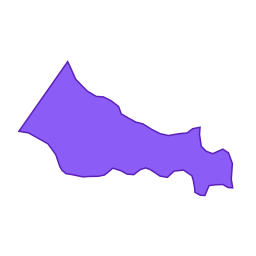 Agridaki, Cyprus (Mercator projection), rotated 274°
{"feature_id": "46923920B13856899738172", "entity_name": "Agridaki", "entity_type": "district", "adm_level": 2, "iso_a3": "CYP", "parent_name": "Cyprus", "parent_adm1": "", "projection": "mercator", "projection_center": [33.151, 35.3], "detail": "fine", "context": "isolated", "style": "filled", "palette": "violet", "viewbox_px": 256, "rotation_deg": 274, "n_neighbors": 0, "source": "geoboundaries", "source_scale": "gbopen_adm2", "svg_char_len": 931}
<svg xmlns="http://www.w3.org/2000/svg" viewBox="0 0 256 256"><g transform="rotate(274 128 128)"><path d="M66.0,209.4L76.2,212.9L77.5,219.5L78.2,226.7L75.6,232.0L75.6,236.6L84.1,234.6L90.6,234.6L99.8,234.6L110.2,230.0L113.5,224.1L108.3,214.3L110.2,207.7L114.8,202.4L126.6,199.8L133.8,199.8L131.8,192.6L127.2,187.3L125.9,179.4L123.3,168.9L124.6,160.4L128.5,151.2L133.1,142.7L134.4,135.4L137.7,128.2L141.6,120.3L148.8,117.1L154.0,109.2L157.3,101.3L157.3,94.1L161.9,84.9L166.5,79.6L173.0,72.4L184.1,66.5L190.0,63.2L117.1,19.4L116.2,29.1L111.6,38.8L106.6,49.3L96.6,57.7L84.8,62.7L81.1,65.2L78.1,69.4L77.7,74.5L76.9,80.4L76.1,86.7L76.9,92.1L77.7,101.4L79.4,107.7L82.3,111.0L86.9,115.7L84.8,124.1L81.9,130.4L81.9,137.1L87.3,143.0L89.4,148.4L88.2,152.7L84.8,159.0L82.3,163.2L81.5,170.7L88.2,177.0L89.9,186.3L84.8,195.1L80.2,196.8L73.5,198.5L68.5,199.3L66.0,204.8L66.0,209.4Z" fill="#8b5cf6" stroke="#5b21b6" stroke-width="1.5"/></g></svg>